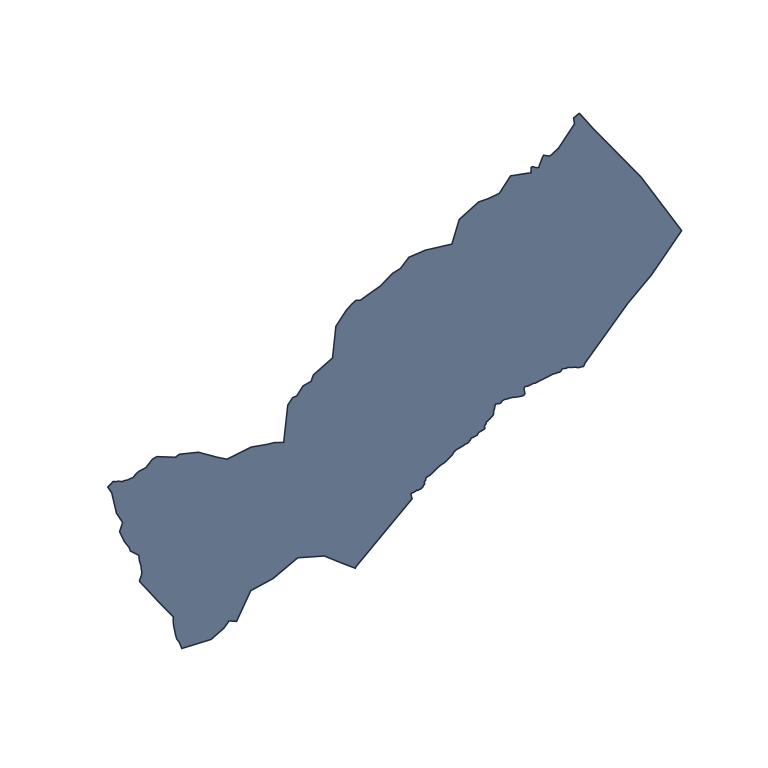 the district of Bayan-O'ndor, Bayanhongor, Mongolia, rotated 222°
{"feature_id": "93677404B33284424031377", "entity_name": "Bayan-O'ndor", "entity_type": "district", "adm_level": 2, "iso_a3": "MNG", "parent_name": "Mongolia", "parent_adm1": "Bayanhongor", "projection": "mercator", "projection_center": [98.192, 43.835], "detail": "fine", "context": "isolated", "style": "filled", "palette": "slate", "viewbox_px": 768, "rotation_deg": 222, "n_neighbors": 0, "source": "geoboundaries", "source_scale": "gbopen_adm2", "svg_char_len": 6014}
<svg xmlns="http://www.w3.org/2000/svg" viewBox="0 0 768 768"><g transform="rotate(222 384 384)"><path d="M520.4,122.6L513.5,120.9L496.3,108.9L485.6,106.2L481.7,97.3L471.7,93.2L463.9,91.9L460.8,90.1L451.6,92.6L447.6,89.0L446.7,88.5L445.0,87.5L443.0,86.3L441.7,85.1L441.2,84.6L440.9,84.4L440.2,83.7L439.2,83.1L438.8,82.9L438.5,82.5L438.0,81.8L437.3,81.1L436.2,79.3L435.9,78.6L435.3,77.2L434.9,76.1L434.3,74.4L433.2,73.6L428.3,73.2L422.1,72.7L406.7,71.3L384.6,69.9L382.6,67.3L381.5,66.3L379.6,64.4L372.3,58.9L367.6,55.9L362.8,54.9L357.3,52.1L341.6,78.4L339.6,95.5L340.6,104.3L334.7,108.9L344.7,141.3L336.3,165.1L331.8,197.1L313.3,216.2L294.3,223.1L282.0,227.9L282.6,229.9L286.3,317.6L286.8,317.7L287.4,318.2L288.0,318.6L288.5,319.0L289.1,319.4L289.5,319.7L290.1,320.1L290.4,320.4L290.6,320.8L290.6,321.2L290.4,321.7L290.0,322.2L289.8,322.6L289.6,322.9L289.4,323.2L289.4,323.5L289.2,324.2L289.1,324.5L288.9,325.0L288.7,325.6L288.7,325.8L288.7,326.3L288.8,326.6L288.8,326.9L288.4,326.9L288.3,327.0L288.1,327.2L288.0,327.5L287.7,327.7L287.4,327.9L287.4,328.1L287.3,328.4L287.2,328.9L287.2,329.3L287.0,329.7L286.9,329.9L286.6,330.2L286.5,330.6L286.4,330.8L286.4,331.3L286.4,331.5L286.4,331.8L286.3,332.1L286.2,332.4L286.2,332.6L286.2,333.1L286.3,333.7L286.4,334.2L286.6,334.6L286.9,335.6L286.7,336.2L286.7,336.6L286.9,336.8L287.2,337.1L287.7,337.6L288.1,337.9L288.4,338.2L288.7,338.7L288.7,339.3L288.6,339.8L288.6,340.2L288.8,340.5L289.0,340.9L289.3,341.4L289.4,341.5L289.5,341.6L289.9,342.0L290.1,342.4L290.1,342.6L289.9,342.9L289.8,343.5L289.7,343.8L289.5,344.6L289.2,345.4L289.0,346.4L288.8,347.1L288.8,347.8L288.7,348.3L288.5,349.5L288.5,350.3L288.5,351.5L288.3,353.1L288.2,355.2L288.2,355.9L288.1,356.8L288.1,357.7L287.9,359.2L287.8,360.1L287.7,360.5L287.6,361.2L287.1,363.7L286.5,365.7L286.3,366.8L286.2,368.1L286.0,372.4L286.0,372.7L285.9,373.9L285.9,374.8L285.8,376.2L285.8,376.7L285.9,377.3L286.2,378.6L286.4,379.8L286.5,380.5L286.4,381.4L286.3,382.9L286.2,383.3L286.1,384.1L285.9,384.8L285.2,386.5L284.8,387.9L284.8,388.2L284.7,388.5L284.4,389.1L284.2,389.5L284.1,390.2L284.1,390.6L283.9,391.0L283.7,391.5L283.6,391.8L283.6,392.4L283.5,393.1L283.3,393.9L282.8,394.6L282.4,395.6L282.3,396.4L282.2,396.9L282.1,397.3L282.2,397.7L282.3,398.5L282.3,399.2L282.3,400.3L282.4,400.5L282.6,400.9L282.9,401.7L282.9,402.0L282.8,402.9L282.6,403.1L282.2,403.5L282.0,403.9L281.7,405.1L281.2,406.4L280.6,408.0L280.5,408.4L280.6,409.1L281.0,410.4L281.1,411.0L281.1,411.7L279.9,415.3L279.3,417.4L279.1,418.1L279.2,418.3L279.5,418.9L279.9,419.1L280.5,419.3L280.9,419.7L281.3,420.6L281.5,421.8L281.5,422.6L281.6,423.0L282.3,424.0L282.5,424.5L282.2,425.4L282.2,425.7L282.2,426.2L282.2,427.0L282.2,427.4L282.1,428.0L282.0,428.5L282.0,429.7L282.1,430.5L282.0,431.5L282.0,432.4L282.0,433.0L282.0,433.3L282.0,433.6L282.0,434.0L282.2,434.3L282.4,434.9L282.6,435.2L283.1,435.8L283.6,436.4L284.1,436.8L284.3,437.1L284.5,437.4L284.8,438.3L285.0,438.9L285.2,439.3L285.8,440.4L286.5,441.3L287.0,442.3L287.4,443.3L287.4,443.7L287.3,444.1L287.1,444.5L286.4,445.2L285.9,445.8L285.2,446.6L284.8,447.3L284.6,448.1L284.5,448.7L284.7,449.2L284.8,450.3L284.7,450.9L284.3,452.5L284.0,453.2L283.2,454.4L282.5,455.2L282.0,456.0L281.4,457.2L280.4,458.8L279.8,459.5L279.2,460.4L278.2,461.3L276.6,463.2L275.1,465.0L273.5,467.2L273.1,467.9L272.9,468.3L272.6,469.0L272.5,469.8L272.5,470.4L272.7,470.8L273.0,471.3L273.6,471.8L274.1,472.2L275.8,473.3L276.3,473.7L276.5,473.8L276.7,474.1L276.9,474.6L277.2,475.4L277.3,475.7L277.3,476.3L277.3,476.5L277.1,477.0L276.9,477.3L276.5,477.7L276.4,477.9L275.8,478.4L275.6,478.7L275.4,479.3L275.3,480.1L274.7,481.0L274.1,482.5L273.7,483.8L273.3,484.5L272.8,485.1L272.4,485.6L272.1,485.9L271.8,486.7L271.5,487.5L271.0,488.9L270.8,489.6L270.7,489.8L270.5,490.3L270.1,491.3L269.4,493.2L268.7,494.6L268.6,495.0L268.5,495.4L268.2,496.2L267.8,497.1L267.3,498.5L267.0,499.3L266.2,501.2L265.7,502.8L265.1,504.2L264.5,505.4L263.8,506.4L263.2,507.0L262.9,507.5L262.9,507.9L263.0,508.2L262.9,508.5L262.5,509.0L262.3,509.3L261.7,509.7L261.5,510.0L261.4,510.4L261.2,511.2L261.1,511.5L261.2,512.1L261.3,512.8L261.6,513.7L261.6,514.2L261.4,514.9L261.0,515.4L260.1,516.3L259.6,516.8L259.0,517.7L258.9,518.2L258.8,518.6L258.5,519.1L258.3,519.5L258.0,519.7L257.5,520.1L256.9,520.7L256.2,521.3L255.4,522.0L254.8,522.6L254.2,523.3L253.8,523.8L253.0,524.5L252.7,524.8L251.8,525.2L250.9,525.9L250.1,526.6L249.9,526.9L249.8,527.0L249.4,527.8L249.3,528.1L248.9,528.6L248.0,529.7L247.7,530.0L247.6,530.5L247.7,531.3L247.8,532.1L248.0,532.6L248.3,533.2L248.6,534.0L256.8,607.2L257.0,612.5L258.2,644.1L265.4,697.1L269.9,698.0L285.0,700.9L302.2,704.2L322.5,708.1L331.2,709.8L343.7,710.5L351.7,711.0L373.4,712.3L387.8,713.1L400.5,713.9L410.6,715.0L419.8,715.9L420.2,715.0L421.1,708.5L416.5,704.7L412.3,677.2L412.1,676.1L412.3,674.9L412.3,673.4L412.4,672.6L412.7,669.8L412.7,669.1L412.8,667.8L412.9,666.7L413.0,665.5L413.5,664.4L414.0,663.8L418.5,660.8L417.9,658.3L414.9,650.5L414.1,649.2L414.0,648.5L414.2,648.0L414.9,647.3L417.1,645.8L418.6,645.3L419.0,645.1L419.2,644.7L419.3,644.3L419.5,643.6L419.4,643.0L419.0,642.6L418.3,642.2L418.1,641.9L417.3,640.4L416.2,639.8L416.2,639.2L416.9,638.2L418.0,637.2L429.2,623.4L425.9,602.8L430.8,591.1L435.5,582.6L438.2,556.6L427.2,533.4L442.8,511.2L450.3,494.9L449.1,480.9L451.7,471.9L452.3,454.4L455.7,439.5L457.6,430.4L460.8,427.5L461.4,421.8L461.4,413.6L458.4,394.7L439.7,368.9L442.6,343.6L440.0,337.0L442.9,328.4L440.9,316.8L442.8,312.7L441.4,303.9L419.5,273.5L426.3,267.1L430.6,260.8L440.5,248.3L450.4,223.0L459.3,217.8L476.3,209.1L489.0,195.0L490.0,190.0L504.2,178.1L505.8,173.0L505.0,162.5L507.6,155.5L507.8,154.4L508.2,151.1L508.0,148.1L507.9,146.9L508.1,146.1L508.7,145.1L509.3,143.7L510.3,141.3L511.2,139.9L512.2,138.7L512.7,137.9L513.0,136.5L513.3,136.2L513.7,136.1L513.9,135.7L514.3,135.5L515.4,134.8L516.3,134.2L516.9,133.4L517.5,132.4L518.3,131.8L519.7,130.7L520.1,130.2L520.1,129.1L520.1,127.3L520.2,125.6L520.3,123.0L520.4,122.6Z" fill="#64748b" stroke="#1e293b" stroke-width="1.5"/></g></svg>